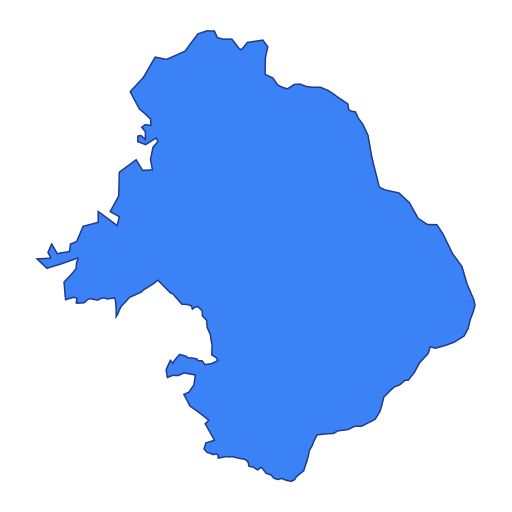 Athienou, Larnaca, Cyprus
{"feature_id": "46923920B40180058129311", "entity_name": "Athienou", "entity_type": "district", "adm_level": 2, "iso_a3": "CYP", "parent_name": "Cyprus", "parent_adm1": "Larnaca", "projection": "natural_earth1", "projection_center": [33.526, 35.059], "detail": "fine", "context": "isolated", "style": "filled", "palette": "blue", "viewbox_px": 512, "rotation_deg": 0, "n_neighbors": 0, "source": "geoboundaries", "source_scale": "gbopen_adm2", "svg_char_len": 3495}
<svg xmlns="http://www.w3.org/2000/svg" viewBox="0 0 512 512"><path d="M230.7,39.1L222.9,39.2L217.3,37.5L214.4,31.0L209.2,31.0L207.7,30.8L207.5,30.7L198.0,33.8L191.9,41.8L185.1,51.2L166.4,59.4L155.2,57.1L155.0,57.4L154.8,57.7L143.4,77.4L130.2,91.7L135.9,102.4L139.4,109.0L143.7,112.6L150.6,119.1L150.9,125.5L145.3,124.6L141.7,127.3L145.4,131.7L145.3,139.5L141.0,135.5L137.8,136.1L137.8,141.7L145.7,144.6L156.0,138.0L158.0,141.5L153.0,147.2L150.5,159.4L150.5,159.6L152.5,169.8L142.6,170.4L136.7,160.7L136.1,159.8L134.7,160.8L119.3,172.2L118.8,193.1L118.7,196.0L110.2,211.6L119.3,216.7L119.3,216.8L118.4,220.5L117.9,222.7L117.1,225.6L111.9,221.6L98.2,211.5L98.2,218.1L98.2,222.3L94.6,223.3L83.1,226.3L76.7,241.5L74.2,242.6L70.5,244.0L69.9,248.8L69.4,251.6L59.6,253.1L59.0,253.4L57.3,253.7L56.1,251.6L53.7,247.5L51.7,244.0L51.2,245.0L48.0,252.5L50.6,257.3L50.4,258.2L37.0,258.9L47.0,268.3L47.7,268.1L48.4,267.9L50.2,267.2L60.6,264.1L77.8,258.0L77.8,259.5L76.6,262.4L76.1,268.4L76.0,268.8L70.4,275.4L64.0,282.2L64.1,282.8L65.1,295.0L65.6,299.7L73.1,297.4L75.3,297.7L77.0,298.5L76.2,302.6L77.0,302.6L77.0,303.2L84.1,302.8L87.3,299.9L89.2,298.6L97.9,300.1L100.6,298.5L101.4,298.4L101.8,298.3L102.5,298.2L103.2,298.0L104.2,297.8L107.2,299.0L114.4,297.9L115.4,300.0L116.2,309.5L116.2,316.6L118.5,312.5L118.5,311.9L119.6,309.5L121.0,306.6L125.8,301.5L129.6,297.3L136.2,294.4L141.6,291.9L143.4,289.9L148.6,286.8L154.4,283.0L157.8,280.1L171.0,293.4L172.7,293.5L175.9,297.3L181.9,304.3L186.8,304.4L191.4,305.8L192.4,309.1L194.9,307.2L197.8,306.6L202.2,310.9L202.5,316.0L206.7,320.5L207.2,327.5L210.4,334.7L210.9,339.0L212.1,345.2L211.9,351.1L211.8,355.0L216.2,357.6L217.8,360.6L211.3,363.7L204.9,364.6L202.1,360.8L198.0,360.7L197.0,359.0L191.8,357.9L188.3,358.0L185.8,356.1L179.6,354.4L174.1,360.8L172.9,363.2L170.3,360.4L166.1,369.7L167.4,377.5L172.9,375.3L178.0,375.6L184.2,372.9L195.4,375.0L194.5,381.1L193.9,384.9L188.8,392.2L183.9,394.4L190.0,406.1L197.4,411.3L205.7,417.7L208.8,420.3L205.2,423.8L210.3,432.8L214.5,440.2L205.9,442.9L204.0,448.9L207.2,452.5L209.2,452.9L211.0,453.7L212.9,454.6L216.3,454.0L218.0,455.1L218.2,458.1L223.1,457.2L226.2,456.6L229.4,457.0L231.9,456.5L238.1,458.1L245.1,459.4L248.0,461.8L249.0,466.3L253.4,467.2L257.6,469.9L261.4,467.2L266.1,473.3L271.2,475.0L273.8,478.2L277.8,479.5L281.9,478.5L286.2,480.3L291.4,481.3L294.6,479.7L296.4,476.7L299.0,474.5L303.7,470.8L305.4,465.5L306.9,461.2L308.5,455.0L309.3,450.6L312.3,445.5L313.4,442.3L317.0,434.9L323.6,434.1L333.6,433.4L337.8,430.9L348.2,429.5L354.6,426.3L361.6,426.2L375.1,419.3L379.9,411.5L381.9,405.0L383.8,397.1L390.0,390.8L394.2,387.0L399.7,384.9L404.9,380.4L408.3,380.1L414.4,372.4L419.4,363.0L428.2,353.4L430.2,346.8L435.5,348.2L445.8,345.3L454.1,342.2L464.1,336.0L468.1,328.6L468.7,326.1L470.2,319.8L473.4,311.3L475.0,305.2L473.7,299.5L466.9,283.6L463.5,271.8L462.0,266.6L452.4,253.4L443.1,234.2L436.9,224.7L427.4,224.5L418.2,218.5L409.5,202.8L399.0,193.0L384.6,189.8L379.3,187.1L373.9,165.6L371.6,155.9L368.0,135.4L362.9,124.4L358.2,118.1L355.5,111.9L352.0,111.3L350.4,110.8L348.6,109.5L347.9,104.0L343.5,101.0L338.4,97.6L335.3,95.4L333.0,93.6L329.3,91.2L328.1,90.5L320.2,87.2L312.8,87.3L306.9,86.6L305.4,86.1L300.1,84.1L294.3,84.4L287.4,88.9L281.9,87.1L278.1,85.1L277.5,84.8L273.4,78.6L273.1,78.1L265.1,74.4L265.4,57.9L266.7,51.6L267.8,46.9L263.0,40.3L262.9,40.1L257.6,40.9L247.9,42.4L247.4,42.4L245.8,44.5L241.2,49.9L238.7,48.0L231.9,39.1L230.7,39.1Z" fill="#3b82f6" stroke="#1e3a8a" stroke-width="1.5"/></svg>